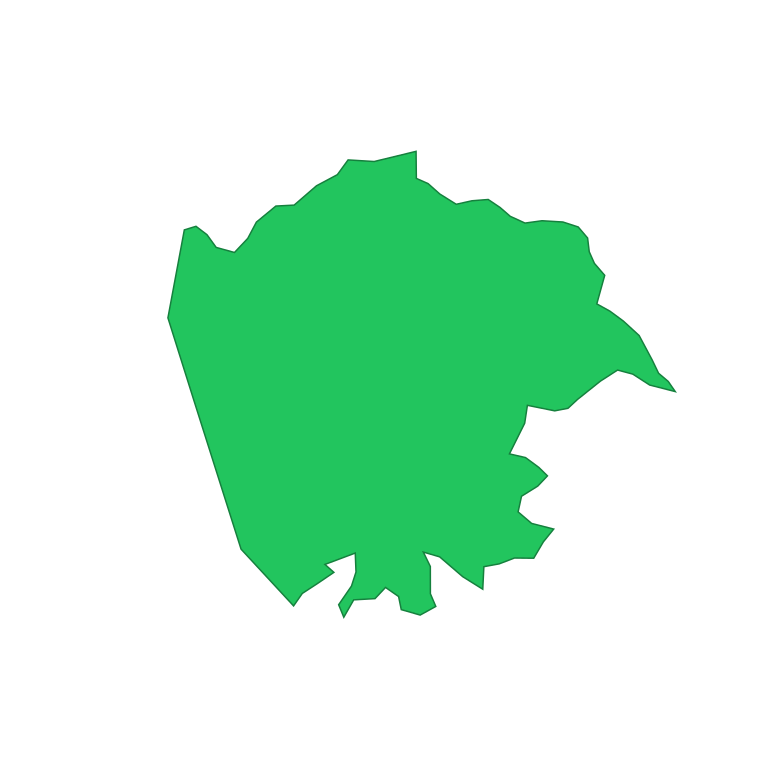 Mulungu, Ceará, Brazil (Albers equal-area conic projection), rotated 212°
{"feature_id": "56859067B22800434972172", "entity_name": "Mulungu", "entity_type": "district", "adm_level": 2, "iso_a3": "BRA", "parent_name": "Brazil", "parent_adm1": "Ceará", "projection": "albers", "projection_center": [-39.009, -4.317], "detail": "fine", "context": "isolated", "style": "filled", "palette": "green", "viewbox_px": 768, "rotation_deg": 212, "n_neighbors": 0, "source": "geoboundaries", "source_scale": "gbopen_adm2", "svg_char_len": 1251}
<svg xmlns="http://www.w3.org/2000/svg" viewBox="0 0 768 768"><g transform="rotate(212 384 384)"><path d="M480.1,598.3L510.2,567.5L533.2,555.0L534.5,536.8L546.3,516.3L555.0,488.1L570.0,477.6L578.0,453.7L576.7,435.3L580.5,416.3L598.7,410.9L613.2,416.8L627.0,418.1L635.0,408.9L602.3,325.6L536.6,269.4L417.7,168.2L343.1,147.9L342.3,163.1L334.7,179.5L326.7,197.7L338.5,199.7L329.8,211.0L318.8,225.4L308.1,209.7L304.5,195.4L305.5,172.8L294.5,164.9L295.3,184.9L277.9,197.2L274.9,212.3L259.0,211.5L249.8,201.8L230.9,207.2L222.2,222.8L233.5,230.7L240.1,241.2L248.0,253.8L261.6,262.3L245.2,266.9L215.1,262.3L191.5,262.3L202.5,282.0L191.0,292.5L181.1,305.6L164.7,315.6L165.2,334.5L163.2,350.9L184.9,344.0L202.5,346.6L207.9,361.7L199.5,378.9L196.7,392.7L208.4,395.3L225.0,396.6L240.6,391.2L243.9,425.3L251.1,441.9L225.0,451.7L215.1,460.9L211.7,473.5L202.0,501.1L193.3,519.6L178.3,524.2L158.1,523.9L133.0,531.9L144.3,536.8L156.8,538.6L169.3,546.5L193.3,560.3L214.3,564.2L230.9,565.5L246.0,564.7L254.4,593.1L269.5,597.8L280.0,604.9L288.7,615.7L302.5,620.1L318.1,616.2L336.5,606.2L349.7,595.2L365.8,593.1L379.1,595.2L393.4,595.7L406.5,586.0L418.0,574.7L437.4,574.7L452.7,577.3L465.5,575.5L480.1,598.3Z" fill="#22c55e" stroke="#15803d" stroke-width="1.5"/></g></svg>